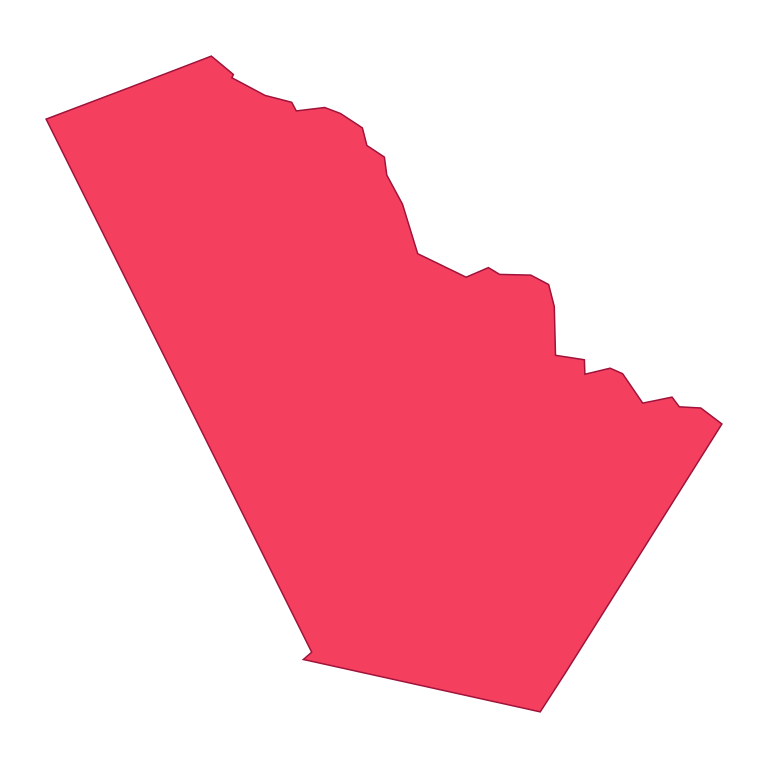 the district of Bee, Texas, United States of America
{"feature_id": "52423323B86725714839987", "entity_name": "Bee", "entity_type": "district", "adm_level": 2, "iso_a3": "USA", "parent_name": "United States of America", "parent_adm1": "Texas", "projection": "robinson", "projection_center": [-97.679, 28.425], "detail": "fine", "context": "isolated", "style": "filled", "palette": "rose", "viewbox_px": 768, "rotation_deg": 0, "n_neighbors": 0, "source": "geoboundaries", "source_scale": "gbopen_adm2", "svg_char_len": 581}
<svg xmlns="http://www.w3.org/2000/svg" viewBox="0 0 768 768"><path d="M126.1,88.8L46.1,119.1L311.7,652.2L303.3,659.5L539.4,711.7L540.2,711.9L565.3,673.0L721.9,424.0L700.8,408.0L679.3,406.8L672.0,397.1L642.7,403.1L622.6,373.7L610.1,368.2L584.9,374.2L584.4,359.8L555.5,355.3L554.3,306.6L548.7,284.6L530.8,275.1L499.6,274.4L488.4,267.6L466.1,277.2L417.7,253.7L402.5,204.2L386.8,175.1L384.4,157.1L366.9,145.5L362.4,127.9L340.5,113.5L324.7,107.5L296.3,110.9L291.7,102.3L265.0,95.4L231.9,77.8L233.4,74.5L211.3,56.1L126.1,88.8Z" fill="#f43f5e" stroke="#9f1239" stroke-width="1.5"/></svg>